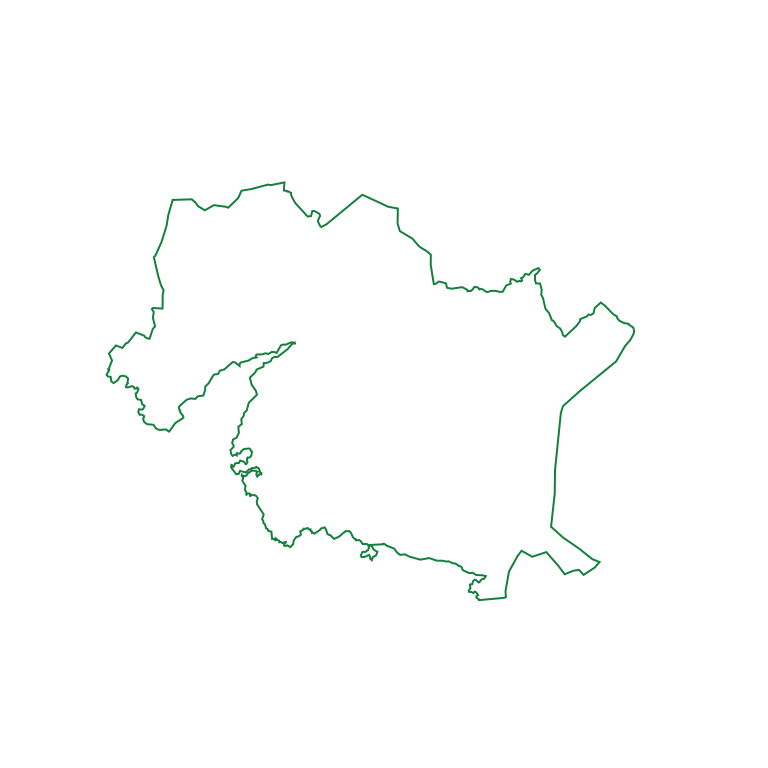 Andzeļu pag., Dagdas, Latvia (Albers equal-area conic projection), rotated 125°
{"feature_id": "27541924B17639902411602", "entity_name": "Andzeļu pag.", "entity_type": "district", "adm_level": 2, "iso_a3": "LVA", "parent_name": "Latvia", "parent_adm1": "Dagdas", "projection": "albers", "projection_center": [27.55, 56.191], "detail": "fine", "context": "isolated", "style": "outline", "palette": "green", "viewbox_px": 768, "rotation_deg": 125, "n_neighbors": 0, "source": "geoboundaries", "source_scale": "gbopen_adm2", "svg_char_len": 6166}
<svg xmlns="http://www.w3.org/2000/svg" viewBox="0 0 768 768"><g transform="rotate(125 384 384)"><path d="M212.2,313.8L214.4,317.2L212.4,319.8L208.0,322.9L206.2,322.1L201.1,321.8L200.5,324.1L205.9,327.3L211.4,327.9L212.7,331.4L217.1,331.3L218.6,332.4L220.0,330.3L221.1,330.3L222.0,332.5L223.9,333.5L223.9,337.4L225.2,340.3L227.9,339.2L229.1,337.7L233.1,340.4L240.4,339.7L242.3,342.3L243.7,346.0L246.3,349.7L249.5,352.1L250.0,354.5L249.9,357.5L250.7,359.5L251.8,360.1L251.0,362.2L252.4,365.5L257.6,365.9L260.0,368.9L259.1,369.9L259.8,375.5L267.2,383.3L269.0,387.6L266.0,390.9L268.0,396.6L268.7,397.9L272.4,399.2L273.6,400.5L259.7,414.0L251.2,419.8L250.7,425.8L251.2,432.4L250.8,435.7L248.6,444.0L249.7,458.6L244.9,464.8L232.3,473.3L236.4,482.3L241.4,510.3L286.0,522.7L291.4,525.4L291.1,527.2L288.4,531.8L283.0,532.8L281.7,534.4L282.1,540.0L283.4,541.9L288.3,540.1L290.6,542.6L286.6,560.7L283.0,567.9L280.8,569.8L281.0,572.0L281.8,573.4L281.4,573.7L282.9,577.0L276.0,581.2L286.1,590.9L287.3,593.5L300.1,604.2L307.4,611.6L315.3,610.1L328.9,612.7L329.3,614.7L335.0,625.9L344.5,630.4L345.0,638.3L343.6,642.1L343.0,647.4L354.4,662.7L369.3,657.6L379.0,652.9L395.6,647.6L410.0,644.9L412.2,645.2L424.8,631.2L430.9,623.5L433.7,618.3L438.1,616.3L449.2,608.7L454.3,616.9L455.8,617.1L457.1,613.9L462.3,611.3L468.2,604.5L471.4,605.0L481.4,602.0L482.5,604.1L482.6,606.7L481.9,608.0L484.1,616.8L496.8,617.4L498.8,618.7L504.5,619.0L506.2,625.7L516.8,626.8L520.7,620.3L528.4,618.4L530.2,617.2L530.4,618.0L531.2,617.0L535.6,616.5L536.1,614.3L534.9,612.0L538.2,609.0L538.4,606.0L533.6,604.3L529.3,604.6L527.2,603.0L525.8,599.7L526.4,596.6L529.8,595.1L530.3,594.2L532.1,594.6L534.6,593.5L533.8,591.9L530.3,589.2L529.9,587.3L530.9,586.0L530.0,584.4L528.6,584.3L528.4,583.6L529.2,582.1L532.7,581.3L534.1,582.0L536.8,579.6L537.9,577.1L536.4,573.7L539.2,570.7L539.2,567.5L542.5,567.0L544.1,567.9L545.3,570.2L547.8,569.3L549.4,566.6L548.0,564.9L547.9,561.9L551.0,561.2L552.7,558.5L552.8,555.0L549.6,549.4L551.3,545.4L550.5,541.7L546.2,536.4L546.4,533.1L546.1,532.6L535.8,532.6L526.7,528.9L525.5,530.2L523.9,535.0L522.4,535.8L522.5,537.0L520.8,538.6L519.0,538.8L510.0,536.6L506.6,533.9L504.4,530.0L500.8,529.4L497.1,525.4L491.4,527.1L488.8,528.9L483.8,528.1L474.7,528.8L473.1,528.1L471.1,525.7L467.3,526.1L463.7,523.2L452.8,520.5L451.7,518.6L452.1,512.6L450.2,513.8L448.6,513.7L442.3,508.3L438.5,506.7L435.3,503.7L435.2,504.9L433.0,505.4L429.6,500.8L426.7,498.6L425.9,496.1L422.1,494.3L420.7,492.1L420.1,489.8L411.4,490.6L409.4,489.1L408.2,487.1L402.9,483.8L402.5,483.0L403.0,482.0L401.2,481.0L401.9,480.2L402.9,481.6L404.5,482.3L411.0,483.0L423.0,486.8L424.5,489.2L427.3,490.5L430.1,489.9L434.2,492.2L435.9,494.5L438.9,492.7L445.2,496.6L448.4,496.1L455.8,497.5L460.5,492.0L463.1,485.0L465.7,481.9L476.9,484.0L484.7,481.2L487.5,482.1L491.0,480.6L494.5,480.8L498.4,477.5L502.6,478.8L507.3,474.8L512.5,474.0L516.2,475.8L519.6,474.4L520.6,471.9L521.9,471.1L526.2,471.9L528.9,469.1L529.8,466.8L527.3,465.5L527.0,463.6L525.0,464.8L524.3,462.8L522.8,461.9L521.0,462.4L517.5,461.4L514.1,457.3L514.2,455.8L515.1,454.6L515.0,453.4L518.8,451.6L521.5,451.9L522.3,453.5L523.8,453.5L526.5,451.0L528.5,450.9L529.0,451.5L528.1,453.4L528.1,454.6L529.2,457.9L532.1,457.6L533.5,459.7L534.8,460.3L537.9,459.7L538.5,460.3L537.6,461.9L537.8,462.6L540.0,461.5L542.7,453.3L540.9,451.5L537.8,452.1L535.8,446.6L531.3,445.5L530.2,444.2L528.5,443.9L526.1,441.0L525.2,441.1L525.0,437.9L527.3,434.9L527.3,433.3L528.5,432.7L529.2,434.2L532.5,434.7L532.1,435.9L530.1,437.4L528.4,437.1L528.7,439.1L530.4,442.3L535.3,444.4L537.8,444.1L540.1,446.1L539.9,448.3L540.8,447.9L541.5,445.6L544.6,444.5L546.9,438.9L550.2,437.4L552.0,434.3L554.3,433.0L552.0,433.1L550.8,431.2L551.0,429.9L553.3,429.7L551.0,428.7L549.3,426.4L549.0,424.6L550.0,421.8L552.9,421.0L555.3,419.1L559.8,407.8L564.8,406.2L565.4,404.4L567.2,402.8L567.1,401.1L569.9,397.8L569.4,396.5L570.7,394.8L569.6,391.5L575.1,386.8L573.8,385.3L574.4,384.6L574.1,384.0L572.5,384.2L572.6,383.1L573.8,382.8L572.9,381.9L572.5,380.3L573.7,378.9L572.5,377.9L572.6,376.0L569.0,373.4L572.4,373.9L573.6,373.3L573.5,372.1L571.6,370.6L571.4,367.3L567.3,366.5L564.1,368.2L559.4,368.1L558.0,366.6L555.1,365.7L552.6,368.1L550.0,366.6L548.6,366.9L547.7,365.2L545.8,364.1L546.2,362.0L545.2,360.8L546.4,359.8L546.2,358.4L547.3,357.6L546.5,356.5L546.5,355.2L540.1,352.7L538.8,352.9L535.5,350.4L536.4,348.2L539.2,344.4L539.3,343.0L538.6,341.6L539.5,336.0L534.8,333.3L526.6,331.1L524.4,327.8L525.0,325.5L527.3,321.6L527.7,318.8L527.3,318.1L528.1,317.4L526.0,314.6L526.2,312.3L527.3,309.8L525.0,306.3L524.8,304.8L526.2,302.7L529.0,301.8L532.8,303.3L533.2,304.7L534.1,305.3L537.8,304.7L538.6,303.1L536.7,300.6L532.5,298.2L533.3,296.5L535.1,294.9L535.3,292.9L532.2,293.9L528.8,292.2L525.3,293.1L525.6,297.6L524.3,299.9L523.9,303.2L515.9,292.9L515.4,293.1L514.8,291.8L514.9,289.1L513.0,281.2L514.6,276.5L514.7,272.7L511.6,269.3L510.8,264.1L507.0,253.4L500.7,247.2L498.5,239.6L495.0,234.4L493.8,231.2L492.3,229.6L491.4,224.8L490.2,222.7L489.9,219.4L490.2,218.4L489.3,216.3L489.9,214.4L491.0,213.5L491.2,211.9L490.1,205.9L487.7,202.9L487.6,198.9L484.3,193.8L483.0,190.4L486.3,190.3L488.0,192.0L491.9,192.2L492.4,193.0L491.8,196.2L492.3,197.4L494.3,197.9L497.3,196.9L499.0,198.6L501.8,196.1L504.7,196.0L505.5,195.0L504.2,193.1L504.1,191.0L502.0,190.6L501.8,188.6L503.0,185.8L504.9,186.6L506.1,185.6L505.9,181.8L506.2,181.8L490.4,163.1L488.7,161.9L483.9,165.7L466.1,174.0L448.4,175.9L441.7,175.7L440.5,163.5L428.6,154.6L432.9,137.0L436.2,126.9L427.9,121.4L424.4,117.6L425.9,111.0L413.5,106.1L406.2,105.3L408.0,112.9L406.9,130.5L407.1,148.9L405.1,165.3L376.0,181.2L356.3,194.6L306.5,222.4L299.5,224.7L277.4,219.5L232.3,206.8L214.6,208.3L206.4,207.5L199.8,208.3L196.7,209.7L194.8,212.3L194.9,217.6L194.4,218.1L196.4,222.4L197.2,227.5L196.4,230.6L195.1,231.7L195.4,236.2L193.2,247.4L192.9,253.1L200.8,255.0L206.0,252.9L208.7,254.1L209.9,256.4L211.9,256.4L218.4,260.5L220.0,259.5L226.3,259.7L241.4,262.9L241.3,265.4L238.7,268.8L237.5,271.6L237.5,275.9L235.1,281.0L235.5,283.0L231.4,289.2L229.5,295.2L222.4,303.1L220.9,306.2L216.2,309.0L212.2,313.8Z" fill="none" stroke="#15803d" stroke-width="2"/></g></svg>